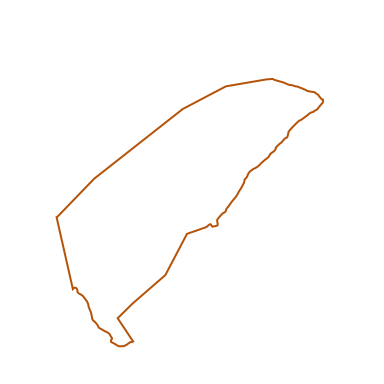 San Antonio, Copán, Honduras, rotated 49°
{"feature_id": "27666195B4235748458284", "entity_name": "San Antonio", "entity_type": "district", "adm_level": 2, "iso_a3": "HND", "parent_name": "Honduras", "parent_adm1": "Copán", "projection": "equal_earth", "projection_center": [-88.864, 15.06], "detail": "fine", "context": "isolated", "style": "outline", "palette": "amber", "viewbox_px": 384, "rotation_deg": 49, "n_neighbors": 0, "source": "geoboundaries", "source_scale": "gbopen_adm2", "svg_char_len": 5706}
<svg xmlns="http://www.w3.org/2000/svg" viewBox="0 0 384 384"><g transform="rotate(49 192 192)"><path d="M122.1,310.7L187.1,345.6L186.9,343.9L187.0,343.8L187.1,343.5L187.3,343.3L187.4,343.1L187.7,342.9L188.0,342.7L188.5,342.5L189.0,342.4L189.5,342.5L190.0,342.6L190.5,342.7L190.8,342.9L191.2,343.1L191.5,343.3L191.8,343.6L192.0,343.8L192.5,344.0L193.1,344.1L193.5,344.1L193.8,344.1L194.1,344.0L194.6,343.9L195.5,343.5L196.1,343.3L197.1,343.0L198.5,342.6L198.9,342.6L199.4,342.6L205.4,343.0L205.8,343.1L206.4,343.2L207.1,343.5L207.9,343.7L208.6,344.0L209.0,344.2L209.5,344.5L210.4,345.1L210.8,345.3L211.2,345.5L211.9,345.7L213.6,346.3L214.9,346.7L215.9,347.0L216.8,347.4L217.3,347.6L218.2,348.1L219.1,348.6L220.0,349.1L220.4,349.4L221.4,350.0L221.8,350.3L222.1,350.4L222.5,350.6L222.9,350.7L223.3,350.8L223.8,350.9L224.2,350.9L224.4,350.8L224.8,350.8L225.4,350.6L225.7,350.6L225.9,350.6L226.6,350.5L228.4,350.5L229.7,350.6L230.3,350.6L231.2,350.8L231.8,350.9L232.6,351.2L232.9,351.2L233.2,351.3L233.7,351.2L233.9,351.2L234.4,351.0L235.4,350.6L236.2,350.3L238.7,349.5L239.7,349.2L240.3,348.9L241.4,348.4L241.8,348.2L242.6,347.9L243.1,347.7L243.8,347.6L244.3,347.5L244.9,347.5L245.4,347.5L247.3,347.9L249.1,348.1L249.8,348.3L250.0,348.4L250.1,348.5L250.3,348.7L250.3,348.9L250.4,349.3L250.5,349.7L250.6,350.0L250.8,350.3L250.9,350.5L251.1,350.7L251.6,351.1L251.9,351.3L252.0,351.4L252.6,351.3L253.0,351.1L254.6,350.4L255.6,350.1L257.0,349.6L257.7,349.4L259.1,349.0L259.6,348.8L260.1,348.6L260.4,348.3L261.1,347.7L261.8,346.8L262.3,346.2L262.8,345.6L263.4,344.8L263.6,344.4L263.8,344.0L264.0,343.0L264.3,341.9L264.4,341.3L264.5,340.7L264.5,340.0L264.6,339.2L264.7,338.3L264.7,337.4L264.9,337.1L265.1,336.7L265.4,336.3L265.6,336.0L266.0,335.2L266.2,334.5L238.5,330.9L237.2,310.0L237.2,266.6L220.3,223.2L228.0,203.9L227.9,203.3L227.9,202.9L227.9,202.4L227.9,201.9L227.9,201.2L228.0,200.5L228.0,200.0L228.1,199.8L228.1,199.7L228.3,199.5L228.4,199.3L228.5,199.3L228.8,199.1L229.0,199.1L229.5,199.1L230.3,199.3L230.7,199.3L231.4,199.3L231.5,199.3L231.5,199.2L231.9,198.7L232.4,197.9L233.1,196.6L233.4,196.1L233.5,195.8L233.7,195.3L233.8,194.9L233.9,194.7L233.8,194.4L233.7,194.3L233.4,194.0L233.0,193.6L232.8,193.5L232.4,193.2L231.5,192.7L231.1,192.5L230.5,192.1L229.9,191.7L229.6,191.3L229.5,191.1L229.4,190.9L229.3,190.2L229.1,189.2L228.8,187.7L228.5,185.8L228.4,185.1L228.4,184.3L228.3,183.4L228.3,183.0L228.3,182.7L228.5,181.5L228.7,180.8L228.8,179.8L228.8,179.6L228.7,179.5L228.3,178.8L228.0,178.2L227.3,177.0L227.3,176.9L227.2,176.7L227.1,175.9L227.0,175.2L226.4,172.3L226.2,171.4L225.8,170.1L225.6,169.2L225.3,167.4L225.1,166.4L224.8,164.4L224.6,163.1L224.3,161.9L224.2,161.0L224.1,160.7L224.0,160.3L223.8,159.9L222.1,155.3L221.9,154.7L221.8,153.9L221.7,153.5L221.6,153.1L221.3,152.4L220.8,151.0L219.9,148.8L219.7,148.4L219.5,147.6L219.4,147.3L219.3,147.1L219.1,146.8L218.6,146.0L218.3,145.5L217.8,144.9L217.6,144.6L217.3,144.3L217.1,144.1L217.0,143.9L217.0,143.7L217.0,142.8L217.0,142.5L217.0,142.2L216.9,141.8L216.7,140.9L216.5,140.2L216.3,139.8L216.1,139.4L215.8,139.0L215.6,138.7L215.5,138.3L215.3,137.9L215.1,137.3L214.9,136.9L214.8,136.4L214.7,135.9L214.7,135.6L214.6,134.9L214.6,134.5L214.6,133.9L214.6,132.8L214.7,132.2L214.7,131.5L214.9,130.7L215.0,130.1L215.2,129.4L215.5,128.5L215.5,128.1L215.6,127.7L215.7,127.2L215.8,126.4L215.9,125.9L215.9,125.5L215.9,124.8L215.9,123.9L215.9,123.2L215.7,121.6L215.6,120.7L215.6,120.1L215.6,117.3L215.6,116.8L215.6,115.9L215.8,112.9L215.8,111.2L214.7,108.0L214.7,107.8L214.6,107.7L214.7,107.2L214.7,106.5L214.8,105.5L214.9,104.7L215.0,104.1L215.0,103.7L215.0,102.9L214.9,102.6L214.9,102.3L214.7,101.7L214.6,101.2L214.5,100.9L214.4,100.6L214.3,100.4L214.1,100.2L213.9,100.0L213.7,99.9L213.6,99.7L213.4,99.4L213.4,99.2L213.1,94.1L213.1,93.8L213.2,93.6L213.3,92.8L213.3,92.6L213.3,92.4L213.0,89.9L213.0,89.7L212.9,89.3L212.8,89.1L212.8,88.9L212.7,88.6L212.7,87.9L212.6,86.8L212.6,86.4L212.7,86.0L212.8,85.8L212.8,85.5L212.9,85.3L213.0,85.0L213.1,84.9L213.1,84.6L213.1,84.4L213.1,84.2L212.9,83.8L212.7,83.6L212.4,83.0L211.8,82.1L211.0,80.9L210.7,80.6L210.3,80.2L210.2,80.0L210.0,79.7L209.9,79.5L209.8,79.2L209.7,78.6L209.6,78.1L209.5,77.5L209.1,74.6L208.9,72.4L208.8,70.8L208.7,70.1L208.5,65.5L208.5,64.6L208.5,64.3L208.6,64.0L208.6,63.8L208.7,63.6L208.9,63.2L209.0,62.9L209.1,62.6L209.1,62.3L209.2,61.8L209.4,60.0L209.5,58.9L209.5,58.4L209.6,57.5L209.6,57.0L209.6,56.6L209.7,56.1L209.8,55.7L209.8,52.4L209.9,51.1L209.9,50.7L210.0,50.4L210.3,49.9L210.5,49.3L210.9,48.4L211.1,47.8L211.1,47.5L211.2,47.3L211.2,47.1L211.1,46.6L211.2,46.1L211.2,45.8L211.3,45.6L211.5,44.9L211.6,44.6L211.7,43.9L211.8,43.6L211.8,43.4L211.7,43.1L211.7,42.7L211.2,40.4L210.7,37.5L210.6,36.8L210.5,35.7L210.4,35.2L210.3,34.9L210.2,34.6L210.1,34.3L209.9,34.0L209.7,33.7L209.2,33.2L208.8,33.0L208.6,32.8L208.3,32.7L208.2,32.7L207.9,32.6L207.7,32.7L207.6,32.8L207.5,33.1L207.4,33.2L207.3,33.3L207.2,33.3L206.2,33.3L203.7,33.3L203.1,33.2L202.0,33.1L201.6,33.1L201.2,33.1L200.9,33.2L200.1,33.4L199.6,33.6L199.0,33.7L198.4,33.8L198.0,33.8L197.7,33.9L197.4,34.0L197.0,34.2L196.6,34.4L196.0,34.9L195.6,35.2L195.2,35.6L194.4,36.3L193.9,36.8L193.6,37.0L192.2,38.0L191.4,38.6L191.0,38.9L190.7,39.0L189.5,39.3L189.2,39.4L188.8,39.6L185.0,41.5L182.3,42.9L181.9,43.1L180.9,43.9L180.1,44.6L179.6,44.9L178.2,45.7L177.3,46.3L176.9,46.6L176.5,46.9L176.1,47.3L175.3,48.0L175.1,48.2L174.8,48.4L174.5,48.6L174.0,48.9L169.4,51.1L168.9,51.4L168.3,51.7L167.2,52.5L165.8,53.4L162.6,55.5L161.5,56.2L161.1,56.4L160.9,56.5L160.5,56.6L160.0,56.7L159.8,56.8L159.6,56.9L159.5,57.0L159.4,57.2L155.7,62.2L134.5,97.1L123.3,144.5L117.8,257.1L122.4,309.9L122.1,310.7Z" fill="none" stroke="#b45309" stroke-width="2"/></g></svg>